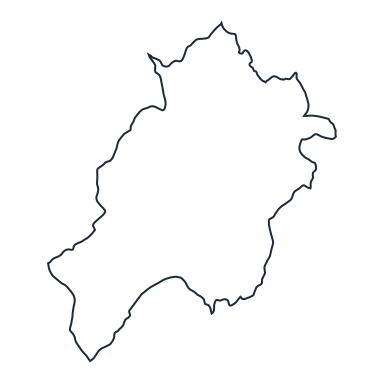 outline of Minh Long, Quảng Ngãi, Vietnam
{"feature_id": "81297802B89663618716792", "entity_name": "Minh Long", "entity_type": "district", "adm_level": 2, "iso_a3": "VNM", "parent_name": "Vietnam", "parent_adm1": "Quảng Ngãi", "projection": "natural_earth1", "projection_center": [108.678, 14.947], "detail": "fine", "context": "isolated", "style": "outline", "palette": "slate", "viewbox_px": 384, "rotation_deg": 0, "n_neighbors": 0, "source": "geoboundaries", "source_scale": "gbopen_adm2", "svg_char_len": 5870}
<svg xmlns="http://www.w3.org/2000/svg" viewBox="0 0 384 384"><path d="M253.4,295.1L254.8,291.2L256.4,287.3L258.2,285.7L260.4,284.8L261.6,283.7L262.0,282.2L262.0,280.4L262.2,278.9L264.7,273.9L265.0,272.7L264.4,267.6L264.6,266.6L265.0,265.4L267.3,260.7L269.9,256.3L271.7,248.4L272.6,245.4L273.1,242.7L273.0,241.6L272.6,239.6L270.2,230.8L269.0,224.8L268.8,221.2L269.0,220.0L269.4,219.2L271.7,218.0L273.5,216.8L274.6,215.3L275.4,213.4L276.0,212.8L278.3,209.4L280.2,207.5L281.6,206.3L287.2,202.5L289.9,200.5L291.0,199.5L291.8,198.3L293.3,193.7L294.4,191.8L295.2,191.0L299.4,188.4L301.1,186.7L302.8,185.5L303.7,185.3L304.5,185.5L306.1,186.6L307.9,187.6L310.4,188.3L310.8,186.6L310.6,185.3L310.6,183.7L310.8,182.4L311.2,181.2L312.3,179.3L313.1,177.6L312.7,174.5L313.0,172.7L314.1,171.5L315.3,170.4L315.9,169.5L316.0,168.7L315.9,166.5L315.6,164.6L315.0,163.1L313.7,162.4L312.2,162.0L311.3,161.4L308.6,159.3L305.1,157.5L301.8,154.3L300.1,151.7L299.6,149.9L299.4,148.3L299.5,146.2L300.6,142.4L301.5,140.2L302.2,139.3L303.9,139.5L306.1,139.3L309.3,138.1L311.6,137.0L313.5,135.2L315.2,134.2L316.8,134.3L318.3,134.9L320.8,136.3L324.9,137.7L331.6,139.0L333.2,138.8L334.6,137.9L335.6,137.0L335.9,136.3L335.7,135.8L335.5,133.9L335.6,130.8L335.5,129.9L334.4,127.6L333.9,125.8L333.0,124.1L332.2,123.4L331.3,122.9L330.1,121.7L329.0,119.5L328.4,119.0L327.9,118.7L325.0,118.0L323.3,117.5L318.4,116.4L313.5,115.7L310.4,115.6L306.4,115.9L304.1,115.9L304.6,115.1L306.0,113.4L307.1,111.8L308.0,109.5L308.4,107.6L308.5,105.3L308.5,104.5L308.3,103.4L307.2,99.0L306.0,95.3L305.6,93.7L304.9,91.8L304.4,91.2L300.6,84.0L300.0,82.9L297.2,79.4L296.7,78.3L296.5,77.8L296.7,74.0L296.6,73.5L296.1,72.8L295.6,72.8L295.1,73.0L294.8,73.3L294.2,74.0L291.3,77.7L289.8,79.0L288.6,79.2L286.8,78.8L285.4,78.8L283.5,79.7L282.4,79.2L282.1,79.3L280.8,79.3L279.0,78.4L277.1,77.1L275.2,76.4L274.2,76.3L273.3,76.4L272.5,76.7L271.8,77.1L269.1,79.4L266.5,81.1L265.8,81.8L265.6,82.3L262.4,80.6L260.3,78.7L258.5,76.3L257.2,74.4L256.6,72.4L256.1,71.5L254.1,71.0L253.3,69.2L252.7,67.9L250.6,66.4L249.9,65.7L249.5,64.5L249.7,63.7L250.4,62.8L251.4,62.2L251.8,61.6L251.9,61.1L251.7,59.8L250.8,56.8L248.4,52.3L246.8,50.8L245.9,50.3L245.4,50.3L244.3,50.8L243.1,52.1L242.9,53.0L242.1,53.6L240.8,53.5L239.9,53.3L239.0,52.5L239.0,52.0L239.3,51.5L239.5,50.4L239.6,49.4L239.4,48.4L238.8,46.6L237.1,43.3L236.2,39.2L236.0,36.2L235.5,34.8L234.8,34.0L230.5,33.5L228.3,32.7L226.2,31.1L223.6,28.5L222.1,25.5L221.5,23.0L220.6,24.5L218.2,26.3L215.9,28.5L210.9,34.2L209.0,37.0L207.9,37.8L205.5,38.5L203.2,38.6L201.8,38.9L199.9,38.8L198.1,39.1L196.5,39.6L195.2,40.5L194.1,41.6L193.0,42.7L190.6,45.4L189.6,46.0L188.4,46.5L187.7,47.0L187.1,47.6L186.5,48.6L185.7,50.8L185.1,53.1L183.5,57.3L182.5,59.4L181.2,60.9L180.1,61.3L179.0,61.3L176.0,60.7L174.7,60.9L172.3,62.4L171.1,63.5L169.1,65.7L167.8,66.4L166.4,66.6L164.8,66.4L163.4,65.9L162.3,65.0L161.9,64.4L160.3,61.3L159.3,60.3L156.0,58.7L152.7,57.6L150.7,55.8L148.7,54.6L149.7,57.3L152.4,60.8L154.4,63.6L155.1,64.9L155.3,65.9L155.2,67.5L155.1,69.7L155.1,70.9L155.4,71.9L156.0,72.6L157.3,73.4L159.1,74.8L160.0,76.2L160.5,77.4L162.3,86.5L163.7,94.6L164.8,98.5L165.5,101.6L165.6,103.5L165.5,105.2L164.9,107.8L164.1,109.5L163.3,110.1L162.5,110.3L160.8,109.6L155.3,106.9L153.7,106.4L152.2,106.2L150.0,106.6L147.2,108.0L144.1,108.8L142.0,109.8L139.3,112.2L134.8,117.9L133.5,121.6L131.2,125.4L130.7,126.7L130.6,129.8L130.1,130.3L128.3,131.4L127.1,132.1L124.0,134.1L122.3,136.1L119.5,139.6L118.2,141.9L117.5,144.0L117.1,146.2L116.5,148.4L114.3,153.8L113.3,156.4L112.8,157.6L110.6,160.4L109.8,161.0L106.5,161.9L105.4,162.5L104.0,164.0L102.1,165.7L100.0,167.0L98.2,168.3L97.6,169.0L97.3,169.7L97.2,171.2L97.2,173.2L97.4,176.5L97.0,183.8L97.9,187.3L98.3,189.2L98.1,191.1L97.8,192.5L96.3,197.3L96.6,199.4L97.0,200.8L97.7,201.9L99.8,204.6L102.5,207.5L103.4,208.3L103.8,209.1L104.7,209.9L105.2,211.0L105.2,211.9L104.1,213.8L101.8,216.1L95.5,221.6L93.8,223.4L93.4,224.2L93.0,225.1L93.1,225.9L95.0,229.9L91.6,234.1L87.1,238.3L86.1,238.7L81.4,241.7L78.9,242.7L75.6,244.3L74.4,245.3L73.9,246.1L73.4,248.3L72.8,249.6L72.1,249.8L71.1,249.8L68.9,249.4L67.5,249.5L66.0,249.9L64.8,250.6L63.3,251.9L61.7,254.0L59.9,255.6L58.1,256.6L55.5,257.6L53.5,258.6L52.2,259.6L49.9,262.3L48.1,263.3L48.4,264.9L48.6,266.7L49.0,268.5L50.0,271.2L51.4,273.7L52.6,275.6L55.4,278.1L60.6,282.4L61.5,283.2L62.7,283.8L65.1,285.1L67.2,286.9L71.5,292.2L73.6,295.3L74.5,298.1L74.8,300.7L74.4,303.3L73.5,307.6L72.7,312.8L72.5,316.7L71.6,321.1L71.4,323.2L70.4,326.7L69.9,328.9L70.0,330.1L70.6,331.4L71.8,332.5L73.1,334.0L74.6,336.8L75.3,340.2L76.3,342.6L80.8,349.3L83.8,353.0L86.5,355.8L88.6,358.9L90.2,361.0L91.3,360.2L94.0,357.9L98.5,351.0L99.4,350.1L101.5,348.5L108.7,345.1L110.2,344.2L112.2,341.6L113.3,339.5L113.8,338.3L114.1,336.9L114.4,334.1L114.7,333.1L115.1,332.6L116.3,331.8L118.2,330.8L118.9,329.6L120.4,328.4L122.7,325.9L123.3,325.0L124.0,322.7L125.3,319.7L126.5,318.7L127.3,318.3L128.3,317.7L129.8,315.9L130.0,315.3L130.1,315.0L130.0,314.3L129.5,313.1L129.1,311.9L129.2,311.2L129.4,310.5L131.7,307.5L141.3,294.5L147.2,289.7L150.9,287.0L159.3,282.4L163.2,280.0L165.8,278.9L170.3,277.5L175.6,276.7L178.2,277.1L180.5,277.6L181.5,278.2L183.1,279.7L185.0,281.7L186.3,284.1L187.5,286.5L188.4,288.0L190.2,289.6L192.4,290.7L194.8,292.3L197.6,294.9L200.1,296.1L202.4,297.7L204.0,299.6L204.5,302.1L205.2,304.0L208.3,305.1L209.3,306.1L210.5,308.6L211.2,312.0L211.7,313.5L212.7,312.8L213.5,311.5L214.0,310.2L214.2,305.4L214.3,304.2L215.1,301.9L215.9,300.3L216.5,300.0L217.6,300.0L219.9,300.6L220.6,300.5L221.6,300.0L222.5,299.6L225.0,299.2L226.5,299.5L227.5,300.1L228.0,300.9L228.5,302.0L228.8,303.7L229.2,304.9L229.6,305.2L230.2,305.5L231.5,305.4L233.9,303.9L236.1,302.2L238.4,299.1L240.4,296.8L242.4,299.0L243.1,299.1L244.2,299.0L245.5,298.8L247.0,298.1L249.1,297.4L251.9,296.1L253.4,295.1Z" fill="none" stroke="#1e293b" stroke-width="2"/></svg>